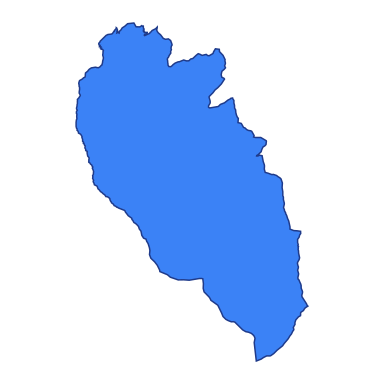 outline of Bautar, Caras-Severin, Romania
{"feature_id": "2599482B84127297992205", "entity_name": "Bautar", "entity_type": "district", "adm_level": 2, "iso_a3": "ROU", "parent_name": "Romania", "parent_adm1": "Caras-Severin", "projection": "orthographic", "projection_center": [22.618, 45.485], "detail": "fine", "context": "isolated", "style": "filled", "palette": "blue", "viewbox_px": 384, "rotation_deg": 0, "n_neighbors": 0, "source": "geoboundaries", "source_scale": "gbopen_adm2", "svg_char_len": 5811}
<svg xmlns="http://www.w3.org/2000/svg" viewBox="0 0 384 384"><path d="M266.2,140.7L260.8,137.5L255.4,137.5L253.6,137.0L254.1,135.5L251.8,131.4L250.8,130.8L248.3,130.4L246.7,129.6L245.1,128.0L243.5,127.4L241.8,124.3L241.2,123.4L238.0,122.6L238.3,118.3L237.4,117.3L236.5,115.2L235.8,112.5L235.6,109.8L234.6,108.2L234.5,105.2L233.9,103.0L233.9,100.4L232.8,98.8L232.6,98.0L230.8,98.3L230.1,99.0L227.9,100.1L224.5,102.8L220.4,104.4L218.3,106.5L210.0,107.9L209.2,107.8L208.5,107.2L208.6,105.7L210.0,103.4L210.2,102.3L210.1,100.9L209.1,97.4L209.2,96.5L213.0,92.7L215.0,90.0L217.8,87.7L221.4,83.9L224.5,79.1L224.1,78.4L221.7,77.1L221.2,74.6L221.9,71.3L224.2,69.3L225.5,67.8L224.6,65.9L225.4,63.6L225.3,62.2L224.9,61.0L225.1,59.6L223.0,55.3L219.5,51.6L219.3,49.3L215.4,48.8L213.6,51.8L213.0,53.5L209.2,55.7L207.8,55.6L206.2,54.4L202.1,55.4L199.8,54.2L198.2,53.7L196.3,55.2L192.8,58.5L190.7,59.0L188.8,60.8L186.5,60.9L183.7,60.0L179.2,61.8L178.2,61.8L175.1,63.1L173.1,64.6L172.1,65.7L170.8,66.7L168.8,66.5L168.0,65.1L168.0,63.8L167.8,63.2L167.6,60.6L167.3,59.2L167.6,58.2L168.6,57.0L169.1,55.6L170.8,53.1L170.6,51.5L171.4,49.6L171.0,48.3L171.1,47.6L171.4,46.1L172.1,45.0L171.7,43.4L170.6,40.5L168.4,38.9L165.5,39.3L163.3,38.4L160.5,34.7L158.3,32.9L157.3,31.5L156.7,30.1L157.2,27.6L157.2,27.1L155.7,28.7L152.1,30.5L151.0,31.9L150.2,32.3L149.6,33.4L144.7,35.6L144.3,35.2L144.6,34.4L146.0,34.4L146.5,33.5L147.2,32.8L147.3,32.4L147.0,32.3L145.7,32.6L145.1,32.2L144.8,32.5L144.3,32.4L144.1,32.1L144.4,31.8L144.0,31.2L143.8,30.9L143.6,31.3L143.4,31.2L143.4,30.1L144.0,30.0L144.0,28.9L143.4,28.1L143.3,26.1L142.4,26.2L141.8,25.6L139.9,26.9L136.1,26.8L133.9,23.0L127.6,23.7L124.7,26.3L122.2,27.9L120.9,30.0L119.5,31.2L119.1,33.1L118.3,32.6L117.7,31.4L117.3,32.7L116.9,32.9L117.1,32.2L116.9,31.8L117.0,30.9L117.3,30.7L117.5,30.1L116.7,28.0L116.3,27.7L116.3,28.4L114.6,30.3L114.3,31.2L114.1,31.1L112.4,33.6L111.3,34.1L107.9,34.5L106.1,35.4L100.2,41.2L99.7,42.4L98.9,43.1L98.7,44.0L99.7,45.6L99.4,45.9L99.7,46.2L100.0,46.0L99.9,46.4L100.5,46.7L100.3,46.8L100.8,46.9L100.8,47.3L100.4,47.1L100.4,47.6L100.6,47.5L100.8,48.1L101.4,48.2L101.1,48.8L101.6,48.8L101.8,49.0L101.7,49.3L102.8,49.6L103.2,50.5L103.4,50.7L103.0,51.6L103.0,53.1L102.7,55.0L103.4,57.6L103.3,58.9L102.7,60.9L102.5,62.7L101.9,65.0L101.5,65.1L99.9,66.9L98.5,67.7L96.8,67.6L95.9,67.2L94.8,67.3L91.3,67.9L89.3,69.2L88.1,70.5L87.9,71.0L85.5,73.0L85.3,74.9L85.3,76.0L85.0,77.1L83.4,77.9L82.5,78.9L79.7,80.5L79.4,80.9L78.8,83.0L78.8,83.8L79.1,84.9L79.1,86.3L79.5,87.1L79.6,89.2L79.2,91.9L79.2,93.2L80.2,94.9L80.3,95.5L78.9,97.8L77.4,99.4L77.5,101.1L77.4,101.3L77.4,103.6L77.1,104.6L77.0,106.2L76.5,108.1L76.6,109.1L77.3,110.2L76.5,111.4L76.4,112.8L76.6,113.4L76.5,113.6L76.9,114.1L76.7,116.8L76.9,118.2L76.8,119.1L76.4,119.8L76.1,122.3L76.1,126.4L76.5,128.2L77.1,129.0L77.1,130.4L77.4,130.5L78.0,131.2L78.4,132.2L78.5,133.1L80.6,134.2L82.0,136.5L81.9,137.4L82.6,139.4L82.6,141.3L83.0,141.5L83.4,142.0L83.6,142.4L83.3,142.9L83.4,143.5L84.2,143.9L84.5,145.2L85.2,146.0L84.9,147.9L85.6,149.1L85.9,150.4L85.8,150.6L87.1,151.3L87.3,151.9L87.1,152.2L87.2,153.6L87.7,156.1L88.9,157.5L89.1,158.6L88.8,159.9L88.9,161.4L88.7,161.9L88.9,162.4L89.9,163.0L90.5,164.1L91.7,165.0L92.1,166.1L92.7,166.8L92.7,167.5L92.3,168.1L93.2,170.1L93.6,171.7L93.4,172.9L93.4,174.2L92.6,175.7L92.9,176.9L92.6,178.3L93.5,180.1L93.6,180.4L93.3,180.9L93.2,181.8L93.9,183.0L94.4,184.8L96.9,186.0L97.5,187.1L97.6,187.8L98.3,189.2L99.1,189.7L100.5,191.6L101.8,192.4L103.2,193.8L104.7,194.8L105.9,196.6L107.4,196.7L109.6,198.3L109.9,198.8L109.9,199.6L110.6,201.2L111.1,201.7L111.5,202.8L113.5,204.3L114.1,205.6L115.6,206.2L116.8,207.2L117.0,207.1L118.7,208.1L124.3,210.3L125.0,210.9L125.4,212.0L127.8,215.1L128.1,215.6L131.7,218.2L132.0,219.6L132.8,220.4L133.9,222.5L135.6,223.5L137.3,225.1L138.5,226.5L139.3,229.0L141.0,231.2L141.8,235.3L142.1,235.9L142.6,236.5L143.3,237.8L144.0,238.4L146.0,239.1L146.6,241.1L148.1,243.6L149.4,247.7L149.9,250.6L149.5,254.6L150.9,258.3L154.6,261.8L157.3,265.3L159.6,270.0L159.9,271.6L167.4,274.7L170.3,277.2L178.2,279.9L183.6,279.8L189.3,280.2L199.4,278.5L201.8,278.5L202.8,278.8L203.4,283.6L203.2,288.4L204.1,291.9L209.0,296.9L210.1,298.5L210.9,300.3L217.8,305.2L221.5,312.8L223.0,316.5L225.8,319.3L228.0,320.5L231.3,321.8L233.4,321.7L234.8,322.1L242.7,329.9L245.8,331.7L248.5,332.2L251.4,333.4L253.4,335.2L254.3,336.4L255.0,338.4L254.2,342.6L256.3,361.0L261.2,359.1L263.5,357.5L266.7,355.9L270.0,355.9L270.7,355.7L273.7,353.6L277.1,350.2L282.6,345.8L284.1,343.6L288.1,338.9L289.9,335.9L291.5,333.9L292.6,331.5L293.8,329.8L293.8,329.3L293.3,327.4L295.0,324.4L294.9,322.7L295.8,319.9L298.5,316.8L300.5,315.7L300.6,315.0L300.6,313.0L300.9,312.3L303.5,310.5L304.1,309.3L305.3,307.8L307.9,306.1L307.1,305.3L306.5,303.8L302.0,296.8L301.8,295.2L302.5,292.8L302.5,291.5L301.2,288.2L301.1,285.4L300.7,283.9L299.9,282.3L299.0,280.0L298.1,279.1L297.9,278.0L297.9,277.3L298.5,274.8L298.6,273.7L297.6,270.2L298.3,267.9L298.4,266.9L297.8,265.2L297.4,263.1L297.9,261.7L299.1,259.7L299.6,257.8L298.6,253.1L298.5,250.7L298.1,249.6L298.3,248.7L298.1,247.8L298.5,246.6L298.4,246.2L297.8,245.8L298.2,244.5L297.6,242.6L297.6,239.4L299.1,237.2L299.7,234.9L300.7,233.6L300.6,231.3L297.0,230.8L293.8,230.6L290.0,229.1L290.0,226.9L288.7,220.9L287.7,218.8L286.6,215.3L285.8,213.9L285.5,212.5L284.6,211.1L284.3,209.4L283.6,207.9L283.6,207.1L284.3,204.2L284.3,203.1L283.4,199.5L283.4,197.1L282.8,195.7L282.8,191.8L282.1,187.6L282.4,183.0L281.0,178.9L280.0,177.9L277.9,176.6L276.6,175.5L273.3,174.4L271.9,174.6L268.1,173.2L265.2,172.4L264.3,169.1L264.5,165.9L264.3,164.7L263.2,161.5L262.1,155.7L259.4,155.2L257.9,156.0L256.6,156.0L256.7,155.5L258.1,154.7L261.1,151.8L261.7,149.8L262.9,147.1L265.0,145.7L266.0,144.6L266.4,141.2L266.2,140.7Z" fill="#3b82f6" stroke="#1e3a8a" stroke-width="1.5"/></svg>